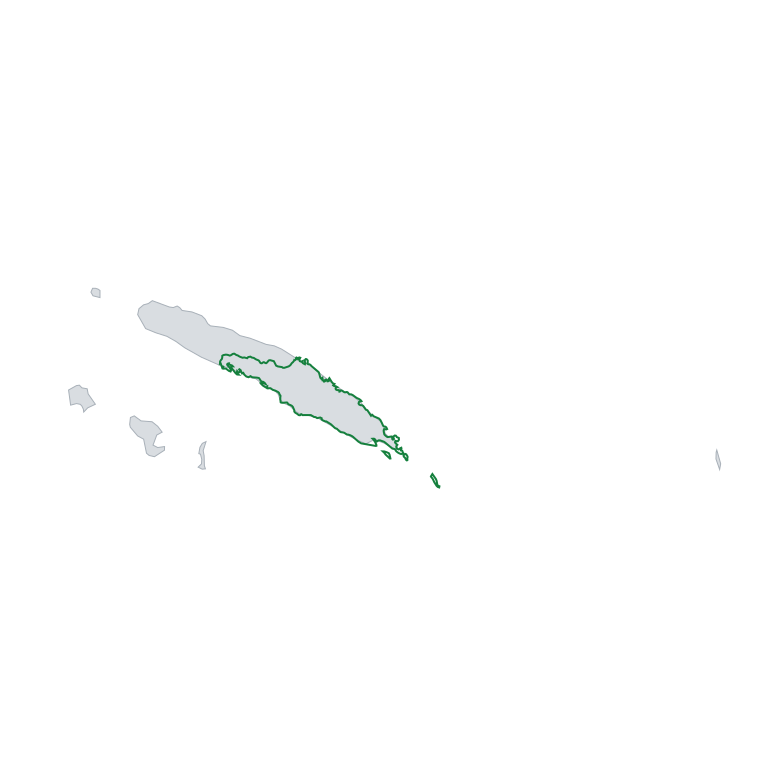 location of Nord within New Caledonia, rotated 167°
{"feature_id": "NCL-559", "entity_name": "Nord", "entity_type": "Province", "adm_level": 1, "iso_a3": "NCL", "parent_name": "New Caledonia", "parent_adm1": "", "projection": "natural_earth1", "projection_center": [164.928, -20.615], "detail": "fine", "context": "in_parent", "style": "outline", "palette": "green", "viewbox_px": 768, "rotation_deg": 167, "n_neighbors": 0, "source": "natural_earth", "source_scale": "10m", "svg_char_len": 6962}
<svg xmlns="http://www.w3.org/2000/svg" viewBox="0 0 768 768"><g transform="rotate(167 384 384)"><path d="M397.4,326.5L405.9,332.1L415.1,329.7L426.6,338.6L455.8,365.4L466.1,371.1L472.1,373.3L476.7,377.7L480.8,383.9L486.4,388.2L488.8,392.3L489.4,397.8L491.4,401.2L501.6,410.1L507.6,417.9L516.0,421.9L519.7,426.6L524.4,428.8L529.2,433.6L537.3,437.3L555.8,451.1L570.0,464.1L577.1,472.2L584.8,479.3L594.6,485.1L603.8,491.6L608.4,507.0L605.8,512.5L600.5,515.2L595.6,515.4L591.0,517.3L575.8,507.3L572.1,505.9L568.0,506.5L565.8,504.3L564.2,501.1L554.9,497.4L546.2,491.5L543.7,487.5L542.2,482.5L540.1,479.7L527.9,475.3L519.6,470.5L513.6,463.6L504.3,458.8L489.9,449.1L482.4,445.9L475.9,441.0L458.4,423.3L452.2,419.9L446.7,412.0L431.7,393.3L424.4,385.6L416.5,378.7L410.5,370.6L405.8,361.1L395.0,347.4L393.6,341.6L394.1,335.6L391.5,331.7L387.1,329.4L385.0,325.4L385.2,319.9L386.6,317.1L397.4,326.5ZM638.6,408.4L634.5,409.1L629.0,402.7L618.5,399.4L614.0,393.7L611.0,387.0L616.9,385.4L622.8,376.4L618.8,373.0L611.9,372.4L612.8,368.9L624.0,364.8L628.9,367.2L631.0,370.0L630.6,384.3L635.7,388.8L640.9,398.9L640.9,401.8L638.6,408.4ZM684.5,432.5L688.0,434.1L694.1,433.9L692.7,449.1L684.1,451.6L681.1,451.4L679.2,448.2L674.3,446.1L674.5,440.9L669.8,429.2L678.1,427.4L682.9,424.2L682.6,427.1L683.3,430.4L684.5,432.5ZM574.4,367.0L570.4,367.9L575.2,359.7L575.4,354.7L577.4,344.8L577.1,341.5L580.3,341.9L583.8,344.8L579.8,347.2L578.5,351.5L578.6,356.9L580.1,357.8L577.6,363.7L574.4,367.0ZM648.9,539.4L646.4,542.8L643.5,542.1L641.3,540.8L639.7,539.0L641.3,532.1L647.7,535.4L648.9,539.4ZM75.7,242.8L74.6,244.8L73.9,230.5L76.2,225.2L77.4,236.3L75.7,242.8Z" fill="#d9dde1" stroke="#a8b0b8" stroke-width="1"/><path d="M466.1,427.4L465.9,427.2L465.4,427.2L464.7,427.5L464.2,427.8L464.3,427.8L464.0,429.0L463.4,429.5L462.7,429.0L462.3,427.8L461.7,428.3L461.2,428.8L460.5,428.9L459.7,428.4L461.1,426.6L460.9,425.2L459.7,424.4L458.1,424.7L458.7,423.4L458.3,422.5L456.6,421.0L455.9,422.2L456.1,424.1L455.5,425.3L454.7,425.9L454.0,425.7L453.4,425.0L453.0,424.0L453.3,423.3L453.3,422.6L453.6,421.8L454.0,421.0L453.4,420.3L452.9,420.1L452.3,420.0L451.7,419.5L451.2,418.9L450.7,417.9L445.1,410.4L444.8,409.2L444.7,407.3L444.7,405.8L444.6,404.3L444.0,403.3L442.6,403.9L442.7,402.7L442.8,402.4L443.1,402.0L443.1,401.4L442.6,401.3L442.3,401.2L441.5,400.8L442.0,400.1L441.9,399.8L441.4,399.8L440.5,400.2L440.3,401.2L439.5,401.4L438.8,400.7L438.5,399.3L438.0,399.2L437.1,399.4L436.5,399.9L437.0,400.8L436.5,401.5L435.9,402.0L434.5,397.8L433.6,396.1L432.3,395.2L433.8,394.1L433.1,393.3L431.5,392.6L430.3,391.5L431.4,391.4L432.1,390.8L432.2,390.0L431.8,389.1L430.8,388.5L429.9,388.4L429.2,388.0L429.2,386.6L428.7,386.6L427.5,387.5L426.4,386.9L424.5,384.9L423.8,384.6L422.2,384.6L421.4,384.2L421.1,383.7L420.1,381.7L418.5,381.4L417.1,380.4L413.8,376.6L411.6,374.9L410.5,373.7L409.8,372.3L410.3,372.2L411.4,372.5L412.6,372.0L413.2,370.6L412.7,369.4L411.6,368.6L410.3,368.3L409.2,367.3L407.5,363.1L406.1,362.2L403.8,356.0L403.4,356.3L403.0,356.4L402.7,356.5L402.3,356.6L401.5,355.0L396.7,351.5L395.6,349.6L394.7,345.9L394.5,344.6L394.1,343.2L393.3,342.5L392.2,342.1L391.5,341.2L391.1,339.4L392.0,339.2L394.0,340.0L394.7,339.1L395.0,337.5L395.0,334.8L394.7,334.2L393.9,333.0L393.0,331.9L392.2,331.4L388.6,331.2L387.7,330.8L388.2,329.6L388.3,328.4L387.8,327.8L386.7,328.3L387.0,329.2L386.6,330.2L385.9,331.1L385.2,331.4L384.1,331.0L383.7,330.2L383.5,329.4L382.9,329.0L381.7,328.1L382.0,326.3L383.4,325.1L385.7,325.9L386.4,324.8L386.1,323.7L384.7,321.7L385.5,321.2L386.1,320.4L386.2,319.2L385.7,318.0L384.6,317.0L383.7,317.2L382.7,317.8L381.5,318.0L381.5,317.3L381.9,317.0L382.1,316.6L382.5,315.5L381.4,315.1L381.1,314.3L381.1,313.2L381.5,311.9L382.1,312.0L383.1,311.9L384.6,312.9L386.0,314.2L387.2,315.7L388.0,317.9L388.7,318.4L390.4,319.2L396.0,326.6L397.1,327.8L400.6,330.0L402.1,330.3L403.8,329.6L404.3,329.6L405.2,332.1L406.1,333.0L407.4,333.2L406.7,332.1L405.6,329.1L405.1,326.2L405.3,325.5L406.0,325.5L419.6,331.3L422.0,333.7L426.0,339.4L427.1,340.6L428.6,341.8L430.2,342.7L431.5,343.1L433.8,345.5L434.6,345.9L436.9,346.8L438.0,347.9L440.1,351.1L441.3,351.7L441.9,352.4L444.7,356.6L448.6,360.5L449.3,360.6L451.6,362.2L452.8,363.5L452.4,364.6L453.7,365.7L456.8,365.8L458.1,367.1L459.5,367.6L462.3,370.2L470.3,372.0L470.5,372.1L471.1,373.0L471.5,373.2L471.8,373.1L472.2,372.8L472.6,372.5L473.1,372.5L474.1,372.9L474.4,373.2L474.6,373.6L475.2,374.3L477.0,376.1L477.6,377.3L477.3,378.6L478.0,382.3L478.8,383.6L479.9,384.5L481.1,385.3L482.0,386.2L482.4,387.6L483.0,387.9L487.0,388.5L488.4,389.0L488.8,389.4L488.5,392.4L488.0,394.4L487.8,395.0L487.5,395.6L487.6,396.2L487.9,396.8L488.1,397.4L488.3,398.9L488.9,399.9L491.4,402.0L493.6,403.3L494.5,404.2L495.5,405.4L496.1,405.6L498.0,405.8L498.6,406.0L498.7,406.6L498.4,407.6L498.9,407.4L499.1,407.3L499.5,406.9L501.8,409.1L502.8,410.3L503.1,411.2L503.5,411.5L504.0,412.5L502.8,412.5L501.6,412.1L500.5,411.5L499.5,410.7L499.8,411.5L500.5,412.5L501.4,413.4L502.3,413.7L503.1,414.3L503.6,415.6L504.1,417.0L504.6,418.0L506.4,418.8L510.9,420.2L512.3,421.7L514.5,421.1L516.5,422.3L518.0,424.5L518.6,426.5L519.9,426.2L520.7,430.0L522.2,431.5L521.4,429.7L521.3,429.0L521.7,428.4L522.4,427.9L523.1,427.9L523.7,428.5L524.2,429.6L524.6,428.8L524.7,427.8L524.4,426.8L523.7,425.9L525.0,426.3L526.1,427.8L528.7,433.3L529.2,434.8L528.9,435.6L527.3,435.2L527.8,436.1L530.9,438.2L530.5,439.0L531.1,439.1L532.0,438.8L532.4,438.5L532.3,437.4L531.8,436.5L531.3,435.8L530.9,435.2L530.3,433.0L530.1,431.4L530.7,430.7L532.2,431.7L534.5,434.5L535.3,434.8L537.2,435.1L537.9,435.5L538.0,436.1L537.5,436.4L536.8,436.6L536.6,436.9L536.9,437.3L537.4,437.5L538.1,437.6L538.3,438.6L538.4,440.2L538.6,441.3L539.2,441.0L538.6,442.9L537.4,444.1L536.4,444.8L535.7,446.1L535.2,447.9L534.0,448.3L531.5,448.2L530.1,447.7L529.0,447.1L528.0,446.4L527.1,446.4L525.8,446.8L524.8,447.3L523.2,447.3L522.4,446.6L521.3,445.4L520.1,444.8L519.4,444.0L518.3,443.0L515.9,441.4L514.2,441.3L511.5,439.9L510.2,440.8L508.0,440.7L506.8,439.5L505.0,438.7L503.4,437.0L502.9,436.6L501.0,435.3L500.6,434.8L500.4,434.3L499.7,432.4L499.4,432.1L498.9,431.8L498.3,431.7L496.8,432.3L496.2,432.3L495.6,431.9L495.2,431.4L494.7,431.0L494.1,430.8L493.2,431.2L491.4,432.6L490.9,432.9L490.1,432.9L489.5,432.8L486.2,431.0L485.2,427.1L485.0,426.2L483.5,425.0L482.0,424.4L479.6,423.4L478.8,422.5L477.4,422.2L472.9,422.6L471.0,423.4L469.1,425.1L467.9,425.7L466.4,426.9L466.1,427.4ZM358.1,281.2L358.9,282.7L359.1,283.4L357.1,285.4L354.8,279.7L354.5,277.7L354.7,274.1L354.3,272.8L353.0,271.9L353.5,270.8L354.7,271.5L355.6,272.8L357.1,277.0L357.7,279.9L358.1,281.2ZM399.1,316.8L400.3,318.6L398.8,318.2L396.7,316.9L394.9,315.5L394.5,313.9L394.5,310.0L395.0,310.0L398.4,315.0L399.1,316.8ZM381.0,308.7L381.1,309.6L381.0,310.4L380.8,311.2L380.5,311.9L379.9,310.6L378.8,311.0L378.1,310.4L377.4,308.2L377.4,307.5L377.9,306.8L378.3,304.6L378.9,304.4L379.6,305.2L380.2,307.6L381.0,308.7Z" fill="none" stroke="#15803d" stroke-width="2"/></g></svg>